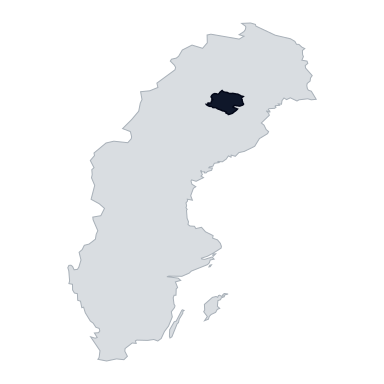 Arvidsjaur, Norrbotten, Sweden shown in context
{"feature_id": "70781695B53013800846692", "entity_name": "Arvidsjaur", "entity_type": "district", "adm_level": 2, "iso_a3": "SWE", "parent_name": "Sweden", "parent_adm1": "Norrbotten", "projection": "robinson", "projection_center": [19.19, 65.668], "detail": "fine", "context": "in_parent", "style": "filled", "palette": "ink", "viewbox_px": 384, "rotation_deg": 0, "n_neighbors": 0, "source": "geoboundaries", "source_scale": "gbopen_adm2", "svg_char_len": 5550}
<svg xmlns="http://www.w3.org/2000/svg" viewBox="0 0 384 384"><path d="M72.6,266.5L74.1,269.8L77.5,269.3L78.9,267.0L81.0,260.0L79.1,252.3L82.2,249.6L84.3,245.3L89.0,244.1L95.4,239.2L96.2,234.3L97.8,230.7L93.1,219.8L92.8,217.1L100.8,215.7L104.5,208.4L99.3,203.8L91.1,199.3L94.7,185.4L91.5,177.8L92.2,174.6L91.8,169.7L94.0,167.7L90.3,160.5L94.5,155.6L94.0,153.0L106.0,143.0L113.8,141.2L127.8,142.7L131.3,138.7L131.6,136.6L130.4,131.6L122.6,128.6L131.6,119.6L138.7,111.2L140.3,103.1L142.0,99.6L140.6,91.7L149.7,90.8L157.9,87.5L156.9,83.1L175.0,69.8L175.6,67.4L174.4,65.2L170.3,61.1L171.5,59.2L176.3,58.1L178.6,56.3L182.3,50.0L192.0,45.1L202.6,48.3L207.3,42.8L207.1,35.0L210.9,34.2L239.2,39.1L244.0,36.2L239.1,34.7L243.9,31.6L245.3,29.7L245.8,27.5L245.6,26.3L241.7,23.4L250.6,23.0L255.4,24.4L255.9,26.1L275.2,35.2L290.5,38.8L294.9,41.4L296.5,44.3L298.9,44.4L301.8,47.1L304.8,48.6L302.4,50.5L302.6,54.7L303.4,56.6L301.9,60.2L307.0,61.1L307.8,63.4L305.2,65.6L305.6,68.1L312.2,75.6L310.5,78.0L310.1,81.1L307.2,83.4L306.8,85.7L307.4,88.7L308.4,90.2L311.3,91.2L316.2,99.3L311.3,99.8L307.7,98.8L299.1,99.8L297.0,101.0L290.3,97.8L286.6,99.6L284.0,98.0L282.0,100.6L281.5,104.2L278.4,103.9L279.6,105.3L275.4,105.7L275.1,106.3L276.0,107.2L274.7,108.3L269.0,108.7L268.2,109.8L269.9,111.2L269.8,112.1L266.2,110.8L268.7,113.4L269.3,115.3L261.3,123.0L264.0,125.1L266.2,129.6L268.6,131.6L267.6,133.6L259.4,138.6L254.7,146.3L244.3,151.4L238.9,152.6L235.3,156.3L231.2,155.1L231.0,157.2L228.4,155.9L226.2,159.1L222.4,161.8L218.3,161.4L217.8,161.8L219.1,162.6L214.3,163.3L212.9,166.2L209.4,166.9L208.8,167.8L212.4,168.0L211.6,170.3L207.5,171.5L206.1,172.9L204.3,172.9L204.6,171.8L201.9,171.8L201.1,170.5L200.6,170.9L202.4,174.6L201.0,176.1L203.5,177.6L196.1,181.3L191.6,179.9L191.0,181.0L191.9,184.2L195.8,186.7L193.4,188.3L190.7,195.7L192.4,200.2L187.3,199.2L187.6,200.9L186.0,202.9L186.6,205.8L186.0,207.7L187.2,209.4L186.5,210.3L187.1,218.3L188.5,221.8L188.0,224.5L190.0,226.0L194.5,226.3L195.8,228.6L201.5,227.3L205.5,231.8L213.1,235.6L212.6,238.1L217.5,239.9L220.3,243.3L221.4,246.3L221.1,248.1L213.4,253.0L207.5,256.2L201.4,258.2L201.7,259.0L204.7,259.4L212.0,257.0L214.1,259.1L210.2,260.0L209.3,262.8L207.6,264.6L191.3,271.1L189.2,273.1L181.9,276.3L168.9,276.1L166.9,276.7L178.1,278.1L180.7,280.4L175.4,281.9L177.6,287.6L176.2,288.9L176.0,295.2L174.1,295.3L173.2,297.8L174.0,304.1L175.0,305.8L174.5,307.6L171.3,311.8L172.3,316.9L168.5,326.1L164.5,331.4L161.2,338.5L157.8,341.0L153.8,339.5L147.7,340.4L136.8,340.1L135.4,340.8L136.2,343.4L132.2,343.0L125.1,348.5L124.8,351.2L127.4,356.3L123.9,359.7L116.5,358.9L106.6,361.0L97.9,359.3L99.1,357.5L100.0,350.7L90.6,336.8L95.2,338.2L97.2,337.5L94.4,333.0L98.5,332.7L99.8,331.0L99.2,328.4L95.9,327.3L93.2,323.2L90.3,321.0L85.3,312.8L83.6,307.2L81.8,307.7L80.5,301.2L77.7,300.3L77.4,293.7L74.4,293.0L72.6,290.0L72.5,284.3L68.9,283.6L69.6,280.9L68.8,270.9L67.8,267.7L68.9,265.4L70.9,265.2L72.6,266.5ZM223.1,297.2L221.4,297.8L220.5,299.7L217.9,300.6L217.4,306.3L219.7,308.4L217.3,309.4L215.6,312.4L211.1,314.5L209.3,316.4L208.4,319.2L204.5,320.7L207.3,316.5L203.7,311.7L204.7,310.0L204.4,304.4L212.4,297.4L216.1,296.5L217.7,297.3L218.4,295.6L219.6,295.2L223.1,297.2ZM171.9,336.8L170.0,338.0L169.4,336.3L169.7,329.7L174.2,321.8L176.2,321.1L181.7,310.5L182.3,309.8L184.1,310.4L182.8,311.5L182.8,313.3L179.3,319.0L178.4,322.7L177.2,323.6L171.9,336.8ZM224.7,295.0L224.3,296.6L222.3,295.3L224.2,293.5L228.1,294.0L224.7,295.0ZM215.7,253.8L213.2,256.3L212.7,255.2L213.3,254.0L215.7,253.8ZM210.2,266.7L208.9,266.9L209.8,265.2L211.5,264.8L210.2,266.7Z" fill="#d9dde1" stroke="#a8b0b8" stroke-width="1"/><path d="M206.3,104.4L206.5,104.7L207.4,105.3L208.1,105.7L208.5,105.9L208.7,106.0L209.6,106.3L210.0,106.4L210.6,106.4L211.4,106.4L211.7,106.6L212.3,106.8L212.6,107.2L212.8,107.5L213.3,107.6L214.8,107.6L215.8,107.7L216.7,107.9L216.9,108.4L217.5,108.8L218.0,108.9L218.5,109.2L219.3,109.4L220.0,109.7L220.7,110.0L221.2,110.1L221.8,110.5L222.5,110.8L223.2,111.0L223.9,111.0L224.3,111.2L224.6,111.4L225.2,111.6L225.8,111.7L226.3,112.0L226.2,112.3L226.0,112.5L225.9,112.9L226.2,113.1L226.8,113.4L227.4,113.5L227.9,113.9L228.2,114.3L228.3,114.5L229.4,114.3L230.0,114.1L231.5,113.6L232.2,113.4L233.3,112.6L233.9,112.1L234.4,111.6L235.6,110.9L235.9,110.5L236.5,110.1L237.5,109.0L236.9,108.8L236.4,108.6L235.9,108.3L235.4,108.1L234.7,108.0L234.1,107.6L233.3,107.5L232.9,107.3L232.9,107.0L233.4,106.8L233.5,106.4L233.8,106.0L234.7,105.4L235.4,105.4L236.0,105.6L236.6,105.7L237.2,105.7L237.8,105.8L238.7,106.0L239.1,106.1L240.1,106.0L240.6,105.8L241.3,105.5L242.1,105.3L242.9,104.9L243.5,104.3L243.5,103.9L243.3,103.6L243.0,103.3L242.7,102.6L242.6,101.9L242.2,101.0L242.2,99.8L242.0,99.5L241.6,99.1L241.6,98.5L241.6,97.9L242.0,97.4L243.1,96.7L243.3,96.5L241.7,96.1L240.9,95.9L240.5,95.6L239.8,95.1L238.7,94.7L238.0,94.2L236.8,94.0L235.9,94.0L235.0,93.7L234.1,93.6L233.4,93.5L232.9,93.3L231.9,93.5L231.2,93.5L229.9,93.5L228.6,93.3L227.9,92.7L227.0,92.4L225.7,92.3L224.7,92.2L224.3,92.0L223.6,91.8L222.5,91.0L222.1,90.5L221.7,90.8L220.8,91.6L219.8,92.4L219.2,93.5L218.6,93.9L218.4,94.1L217.2,94.2L216.5,93.8L215.6,93.7L214.8,93.6L214.2,93.7L213.8,93.9L212.7,94.5L212.0,95.2L211.6,95.8L211.3,96.2L211.1,96.6L211.1,97.0L211.6,97.5L211.9,98.0L211.9,98.6L212.1,99.1L212.0,99.3L212.4,99.4L212.8,99.5L212.8,99.8L212.3,100.1L212.1,100.2L211.8,100.9L211.4,101.2L211.3,102.0L211.0,102.9L210.8,103.1L209.2,103.1L208.3,103.0L207.9,103.2L208.1,103.6L208.4,103.8L208.5,104.2L208.2,104.5L206.3,104.4Z" fill="#0f172a" stroke="#020617" stroke-width="1.5"/></svg>